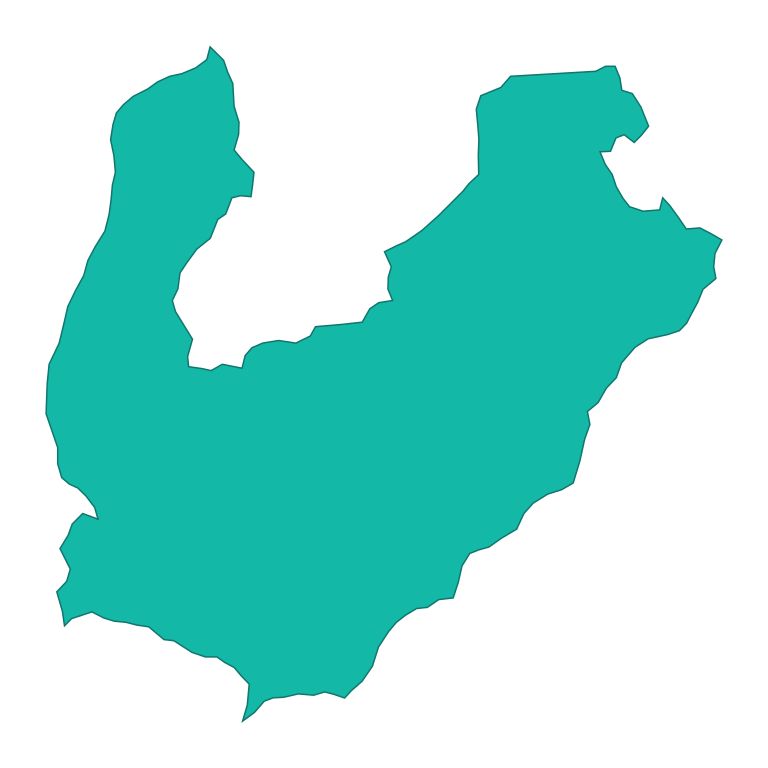 Américo de Campos, São Paulo, Brazil (Robinson projection)
{"feature_id": "56859067B63814258385512", "entity_name": "Américo de Campos", "entity_type": "district", "adm_level": 2, "iso_a3": "BRA", "parent_name": "Brazil", "parent_adm1": "São Paulo", "projection": "robinson", "projection_center": [-49.77, -20.289], "detail": "fine", "context": "isolated", "style": "filled", "palette": "teal", "viewbox_px": 768, "rotation_deg": 0, "n_neighbors": 0, "source": "geoboundaries", "source_scale": "gbopen_adm2", "svg_char_len": 2564}
<svg xmlns="http://www.w3.org/2000/svg" viewBox="0 0 768 768"><path d="M242.6,721.1L254.4,712.5L264.2,701.2L273.2,697.8L283.5,697.3L298.3,693.9L313.7,695.2L324.7,691.9L334.5,694.5L344.6,698.0L351.4,690.6L362.2,681.1L372.4,666.2L378.5,647.0L388.7,631.4L396.4,622.3L405.5,615.2L416.6,608.5L427.3,607.4L438.7,599.6L453.2,597.9L458.4,581.9L462.0,565.9L469.7,553.5L478.7,549.9L489.0,547.0L501.4,538.2L516.7,529.1L523.9,513.5L533.2,503.1L547.7,494.1L561.6,489.7L573.2,483.0L579.9,460.8L584.6,439.4L589.9,424.4L587.4,411.5L598.1,402.6L606.4,388.1L616.3,377.7L621.6,362.8L635.1,347.2L648.2,338.8L667.9,334.5L679.5,330.6L686.6,323.2L691.5,313.7L697.7,302.3L703.0,289.3L715.9,278.5L713.7,266.8L715.0,253.4L721.9,240.0L710.7,233.5L699.8,227.9L686.3,229.0L678.6,217.7L669.8,205.6L662.7,197.8L659.7,209.9L643.0,211.2L629.5,206.7L623.1,198.5L616.3,186.8L612.2,174.5L605.3,164.5L600.0,151.8L610.5,151.3L616.0,137.9L624.2,134.7L634.2,142.5L641.5,135.1L648.6,126.2L640.9,107.0L632.3,93.6L621.8,90.3L619.9,78.0L615.1,66.3L605.5,66.3L595.7,71.3L510.6,76.3L500.8,87.5L491.8,91.2L480.8,95.7L476.3,109.2L477.8,125.2L478.9,139.6L478.3,154.6L478.7,174.5L469.1,183.5L462.9,191.3L450.8,203.4L438.7,215.5L431.6,221.8L421.9,230.5L405.7,241.7L396.9,245.6L384.5,251.7L391.3,266.8L388.3,277.2L387.9,288.9L392.6,300.5L378.7,302.7L369.9,308.7L362.2,322.2L341.0,324.5L315.5,326.7L310.3,336.0L295.8,343.1L278.6,340.5L262.7,343.1L252.0,347.7L245.2,355.5L242.0,368.2L222.3,364.3L211.1,370.6L202.1,368.6L188.6,366.7L187.6,356.5L192.5,339.2L175.5,311.6L172.3,300.5L177.9,288.9L180.0,272.9L186.7,262.9L196.8,249.1L210.3,238.3L217.8,219.4L225.7,214.0L231.9,197.8L240.5,195.7L251.0,196.7L252.5,185.7L254.0,172.3L242.0,159.5L234.1,150.0L238.6,134.5L239.0,122.3L234.1,106.3L232.8,83.6L227.6,72.0L223.6,60.3L210.1,46.9L206.8,59.6L195.7,67.9L181.8,73.7L169.8,76.3L157.6,81.9L147.7,89.0L133.2,96.4L123.5,104.6L116.4,113.0L113.0,124.5L110.6,139.6L113.9,155.6L115.4,172.3L112.4,185.1L111.1,199.5L109.1,214.5L104.9,231.1L95.2,246.7L87.9,260.5L83.8,275.4L75.5,290.6L67.8,306.6L64.4,321.5L59.2,343.1L49.1,364.3L47.2,383.8L46.6,399.4L46.1,413.8L52.8,433.3L57.7,447.6L57.7,463.8L61.7,477.6L69.3,484.1L77.8,488.0L86.0,496.0L94.7,507.5L98.0,519.2L82.7,513.5L72.2,524.1L68.2,535.2L60.0,548.6L70.3,569.1L66.7,581.4L56.8,591.8L62.4,611.3L64.5,625.8L71.6,618.6L91.9,611.9L103.9,618.0L114.4,621.2L126.0,622.3L137.0,625.1L148.7,626.8L164.0,639.6L173.8,640.7L192.0,652.4L205.3,656.9L216.9,656.9L224.8,662.5L234.2,667.5L241.1,675.7L249.2,684.1L247.3,705.1L242.6,721.1Z" fill="#14b8a6" stroke="#0f766e" stroke-width="1.5"/></svg>